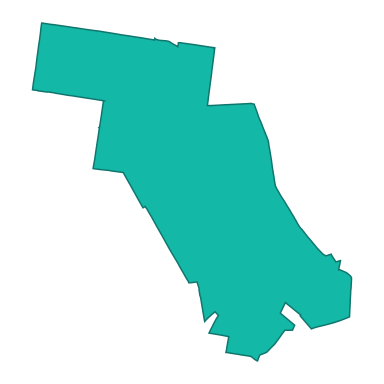 the district of Daia, Giurgiu, Romania
{"feature_id": "2599482B46391816231209", "entity_name": "Daia", "entity_type": "district", "adm_level": 2, "iso_a3": "ROU", "parent_name": "Romania", "parent_adm1": "Giurgiu", "projection": "albers", "projection_center": [25.985, 44.024], "detail": "fine", "context": "isolated", "style": "filled", "palette": "teal", "viewbox_px": 384, "rotation_deg": 0, "n_neighbors": 0, "source": "geoboundaries", "source_scale": "gbopen_adm2", "svg_char_len": 5764}
<svg xmlns="http://www.w3.org/2000/svg" viewBox="0 0 384 384"><path d="M351.0,289.1L351.5,279.6L351.5,277.7L351.0,277.2L351.0,276.9L351.0,276.7L350.8,276.4L350.7,276.2L350.2,275.8L349.8,275.4L348.3,274.1L347.4,273.4L346.4,272.7L346.0,272.4L345.2,272.1L341.5,270.5L340.5,270.1L339.9,269.8L339.6,269.7L339.4,269.7L339.1,269.7L338.6,269.9L338.6,269.7L338.9,268.7L339.0,267.8L339.1,267.0L339.6,265.1L339.7,264.8L339.9,263.4L340.0,263.1L340.1,262.3L340.3,261.5L340.5,261.0L340.6,260.8L340.6,260.7L340.4,260.5L340.1,260.6L339.9,260.7L339.4,260.9L337.3,261.5L336.4,261.8L336.0,261.8L335.8,261.8L335.5,261.4L335.3,261.0L334.6,259.9L332.5,256.7L331.6,255.2L331.3,254.7L331.2,254.2L330.0,254.5L328.8,254.9L327.9,255.3L326.3,255.7L326.1,255.8L325.9,255.7L325.7,255.7L325.4,255.6L324.9,255.3L324.0,254.8L323.3,254.4L322.8,254.0L320.4,251.5L319.0,250.1L318.3,249.3L317.7,248.7L317.4,248.3L317.1,248.0L316.5,247.4L315.8,246.4L315.1,245.6L314.7,245.1L314.3,244.6L313.6,243.8L312.7,242.8L312.4,242.3L312.1,242.0L310.6,240.2L310.4,239.9L309.9,239.3L308.4,237.7L308.1,237.3L307.9,237.1L306.4,235.2L305.4,233.9L304.2,232.3L303.8,231.8L303.4,231.3L303.2,231.1L303.0,230.9L302.2,229.7L301.8,229.3L301.0,228.6L300.8,228.3L300.4,227.9L300.3,227.7L299.6,226.8L299.3,226.5L298.9,225.7L298.0,224.3L297.6,223.7L297.0,222.5L296.8,222.1L295.6,220.0L295.4,219.7L294.4,217.9L293.3,216.0L292.5,214.7L292.0,213.9L291.6,213.3L290.6,211.6L290.3,211.0L290.0,210.5L289.4,209.5L289.2,209.2L288.3,207.7L288.0,207.3L287.1,205.9L286.8,205.3L286.3,204.5L285.4,203.0L283.9,200.5L282.1,197.9L281.6,197.1L280.9,195.9L280.5,195.3L278.5,191.7L277.6,190.2L276.8,188.8L276.5,188.0L276.3,187.7L276.2,187.3L275.7,187.0L275.4,185.7L274.9,183.3L273.7,175.6L273.3,173.3L272.2,166.4L271.4,160.0L270.5,154.6L270.3,153.0L269.8,150.4L269.4,148.0L268.9,145.4L268.6,142.7L268.4,141.5L268.3,141.2L267.9,139.9L266.9,137.2L266.7,136.7L266.5,136.2L266.1,135.4L265.4,133.4L265.3,133.5L264.1,130.3L262.8,127.1L261.9,124.6L260.8,121.9L260.2,120.5L259.5,119.1L259.1,118.0L258.8,117.4L257.1,112.3L255.5,107.9L254.5,105.2L254.2,104.3L254.1,104.1L253.8,104.0L253.5,104.0L253.0,104.1L252.8,104.0L252.5,103.8L251.9,103.6L251.6,103.5L251.3,103.4L250.9,103.4L250.5,103.5L250.0,103.5L245.1,103.8L240.6,104.0L235.3,104.3L230.5,104.5L227.9,104.7L226.1,104.7L219.5,105.1L212.1,105.5L208.5,105.6L207.4,105.6L207.7,103.3L208.7,95.1L209.5,89.3L209.9,86.1L210.2,83.7L211.3,75.6L211.7,72.4L211.8,71.1L212.6,65.0L213.2,60.6L213.4,58.8L214.0,54.0L214.8,47.8L213.7,47.6L213.6,48.1L213.3,47.8L213.1,47.7L212.8,47.5L212.5,47.4L212.0,47.4L209.2,47.0L207.9,46.8L193.8,44.6L188.6,43.9L185.1,43.4L182.8,43.1L182.1,43.0L181.0,42.8L179.9,42.7L178.4,42.7L178.3,42.8L178.3,43.2L178.2,44.3L178.0,45.4L177.9,46.8L177.7,46.8L177.6,46.6L177.0,46.1L173.7,44.4L170.2,42.2L169.7,41.8L168.8,41.4L168.5,41.3L167.5,41.1L167.0,41.0L165.8,40.8L160.6,40.4L159.1,40.2L158.8,40.2L157.5,39.8L156.3,39.4L155.9,39.2L155.7,39.1L155.2,38.8L154.8,38.4L154.6,40.0L148.3,39.0L141.9,37.9L132.6,36.5L129.0,35.9L122.6,35.0L112.6,33.3L104.4,32.0L99.1,31.1L97.4,30.9L93.9,30.5L85.9,29.4L60.4,25.6L52.6,24.5L52.2,24.5L51.9,24.7L51.1,24.6L51.1,24.4L41.7,23.0L41.2,26.3L40.8,29.2L40.4,33.5L40.0,36.3L39.7,38.9L39.6,39.2L39.6,39.4L39.5,40.1L38.8,44.5L38.4,47.5L37.7,52.8L37.2,56.3L36.6,61.0L36.0,66.6L35.4,70.3L35.1,72.2L33.5,82.2L33.3,83.6L32.5,89.8L34.3,90.1L37.3,90.4L37.5,90.5L37.7,90.8L42.3,91.4L47.3,92.1L47.5,91.9L47.8,91.8L48.1,91.9L48.5,92.0L49.1,92.1L49.8,92.2L54.5,92.9L55.9,93.3L58.0,93.6L61.5,94.2L63.3,94.5L64.6,94.7L67.3,95.2L73.5,96.0L76.3,96.5L77.3,96.6L80.3,97.1L83.6,97.6L91.5,98.8L103.3,100.7L103.7,100.8L104.3,101.0L103.4,101.4L103.1,103.4L102.5,107.4L102.3,109.2L102.0,110.8L101.8,112.3L101.2,116.8L101.0,117.9L99.9,125.0L99.7,126.5L99.6,127.2L98.8,127.6L99.0,127.9L99.3,128.3L99.3,129.0L99.1,129.7L98.2,136.2L97.9,137.9L96.2,149.1L94.7,159.3L93.7,165.1L93.2,167.7L93.1,168.6L99.8,169.5L109.7,170.5L109.8,170.6L110.0,170.7L112.5,171.1L121.8,172.3L123.3,172.5L124.6,175.0L126.6,178.6L128.7,182.3L130.6,185.6L133.0,190.0L135.1,193.7L137.0,197.2L139.3,201.3L141.1,204.5L143.0,207.8L145.2,206.5L145.5,207.1L145.9,207.7L146.3,208.2L147.1,209.2L147.9,210.8L149.5,213.5L152.0,217.7L153.0,219.6L154.6,222.4L156.3,225.6L160.0,232.1L162.5,236.5L167.1,244.8L168.8,247.9L170.3,250.5L173.8,256.4L175.4,259.1L176.1,260.2L178.4,264.2L179.6,266.5L181.2,269.3L182.1,270.9L182.7,271.8L185.7,277.2L187.1,279.5L188.7,282.1L188.7,282.6L188.8,282.8L189.0,282.8L190.3,282.8L193.6,282.4L195.5,282.1L197.0,281.9L199.1,288.6L199.2,289.0L199.0,289.5L199.0,290.1L199.4,292.0L199.6,293.3L199.7,294.4L199.8,295.1L199.9,295.5L200.3,296.6L200.6,297.4L200.7,298.1L201.8,304.8L203.4,314.3L204.4,320.2L204.7,321.5L206.8,319.1L208.7,317.3L212.0,314.3L215.1,311.8L215.2,312.0L218.4,315.4L216.8,318.0L216.0,319.3L214.7,321.7L211.0,329.0L209.0,333.1L219.8,334.9L228.8,336.6L228.6,337.7L227.5,343.6L226.3,350.9L225.9,352.5L227.0,352.5L229.2,352.9L230.5,353.2L231.6,353.3L234.0,353.7L235.4,353.9L237.5,354.2L238.4,354.4L239.3,354.5L241.2,354.9L244.2,355.3L245.4,355.5L246.1,355.6L249.2,356.1L250.6,356.3L250.9,356.3L251.0,356.6L251.6,356.9L252.1,357.3L253.1,358.0L254.4,359.2L255.2,359.7L256.3,360.4L257.3,360.9L257.4,361.0L257.5,361.0L257.6,360.7L257.8,360.2L258.4,358.5L259.3,356.1L259.4,355.7L259.6,355.4L259.9,355.1L260.2,354.9L262.8,353.9L266.0,352.6L266.6,352.3L266.9,352.1L269.2,349.7L269.3,349.5L273.7,345.1L274.8,344.0L275.2,343.6L275.4,343.2L279.7,337.4L281.7,334.5L282.8,333.0L283.4,332.2L284.8,330.3L290.4,330.2L292.4,330.2L292.5,330.2L292.7,329.7L294.7,325.2L283.8,316.1L280.3,313.1L285.4,302.6L300.7,315.0L300.2,315.9L311.4,328.9L314.3,327.8L317.3,326.9L322.7,325.6L328.3,324.2L334.1,322.6L340.9,320.3L349.5,316.9L350.8,289.6L351.0,289.1Z" fill="#14b8a6" stroke="#0f766e" stroke-width="1.5"/></svg>